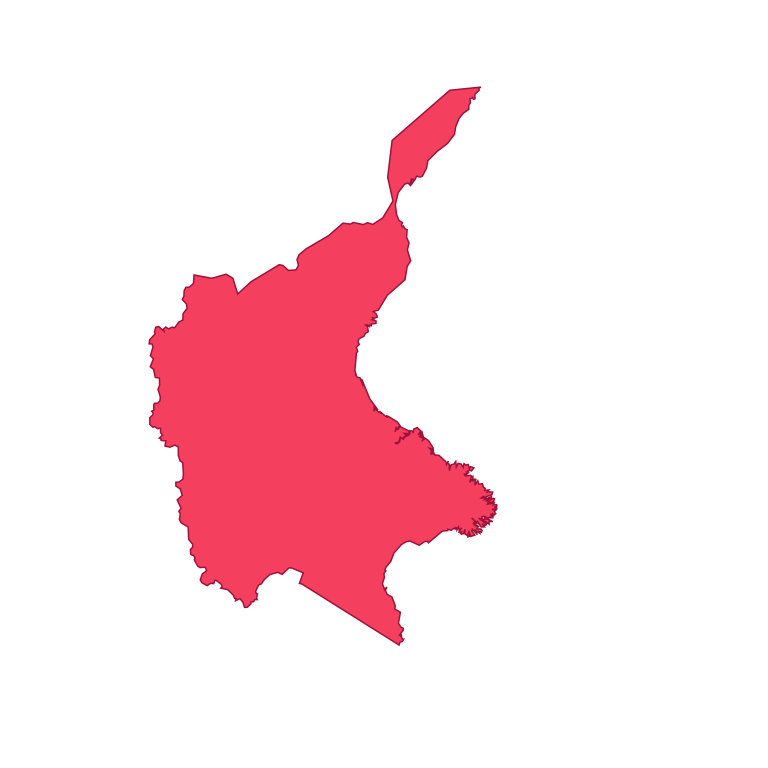 Ijivitari District, Northern, Papua New Guinea (Mercator projection), rotated 49°
{"feature_id": "67681753B98961984818312", "entity_name": "Ijivitari District", "entity_type": "district", "adm_level": 2, "iso_a3": "PNG", "parent_name": "Papua New Guinea", "parent_adm1": "Northern", "projection": "mercator", "projection_center": [148.78, -9.036], "detail": "fine", "context": "isolated", "style": "filled", "palette": "rose", "viewbox_px": 768, "rotation_deg": 49, "n_neighbors": 0, "source": "geoboundaries", "source_scale": "gbopen_adm2", "svg_char_len": 6172}
<svg xmlns="http://www.w3.org/2000/svg" viewBox="0 0 768 768"><g transform="rotate(49 384 384)"><path d="M456.4,587.8L460.9,585.7L460.4,576.4L462.3,574.4L473.5,568.8L479.0,578.7L481.0,577.2L590.9,543.9L589.4,541.4L590.3,538.9L589.5,536.6L588.9,537.5L585.7,536.6L582.8,537.2L585.0,535.7L583.1,534.9L582.7,531.5L581.0,529.7L578.8,530.8L574.0,530.0L567.0,521.4L560.8,523.5L559.0,521.1L549.9,517.7L544.7,519.7L540.0,518.0L538.7,516.6L539.5,518.5L533.7,516.2L530.2,510.6L526.9,508.3L526.3,505.2L525.0,505.3L523.6,503.1L522.4,495.5L518.1,487.4L516.6,476.2L517.4,471.2L519.4,467.5L528.8,463.2L529.6,456.7L531.2,454.4L533.0,454.7L533.3,436.5L536.4,432.1L535.5,431.2L538.4,429.3L538.7,426.3L540.0,425.6L539.1,424.6L540.7,424.5L539.8,423.1L542.0,424.7L540.8,421.6L543.5,423.1L543.4,419.9L544.9,424.5L546.6,422.7L546.7,424.2L548.2,424.1L549.2,421.8L546.6,418.1L550.1,421.3L552.7,420.6L552.4,419.1L554.4,421.0L555.0,419.1L550.4,416.4L555.9,418.6L557.6,414.6L552.3,414.1L552.2,412.8L550.6,412.5L558.9,412.4L554.6,411.1L559.5,409.6L557.7,408.9L559.8,407.7L558.8,406.0L557.1,405.9L554.2,409.0L553.6,406.9L551.4,407.8L552.5,406.4L548.0,408.2L547.6,407.3L550.0,405.5L542.6,405.7L549.2,404.9L549.0,403.6L555.7,404.5L557.8,401.8L553.8,401.7L557.4,399.9L557.0,398.5L547.3,400.7L551.3,398.3L558.8,396.6L556.5,394.9L559.2,392.3L554.5,393.9L550.4,398.4L548.4,397.2L549.2,395.7L551.3,395.6L550.4,394.6L552.5,394.1L556.8,389.2L553.2,391.1L554.9,389.3L553.1,388.8L556.0,387.7L552.2,387.4L555.0,386.3L555.2,384.8L552.8,384.6L552.6,382.5L549.5,384.9L552.2,380.6L550.7,380.0L549.3,381.7L550.4,379.3L549.1,378.2L546.9,380.9L546.1,379.0L542.5,384.8L542.2,383.2L544.8,378.4L542.9,375.8L541.7,377.0L541.0,382.5L540.2,381.4L539.2,383.4L538.6,382.2L540.6,378.1L539.5,376.8L537.2,383.8L536.7,382.2L533.8,385.5L533.8,382.9L535.5,382.4L538.3,375.3L536.9,372.9L533.2,376.5L533.5,378.2L532.8,374.3L530.4,377.9L529.2,376.1L527.1,376.6L523.8,375.2L521.9,378.2L518.6,376.7L519.7,381.9L516.2,377.3L515.3,378.1L516.0,378.9L514.7,379.1L515.3,380.7L513.7,381.4L514.7,383.9L513.0,381.9L513.9,379.1L512.1,377.6L511.8,379.4L511.3,378.3L509.6,378.7L507.1,382.5L506.2,382.7L506.3,381.5L504.6,383.1L506.2,379.1L504.8,379.3L505.8,377.8L504.8,377.9L504.8,376.1L507.0,375.0L506.3,371.1L503.1,373.0L503.8,375.1L500.0,373.3L498.7,375.6L496.6,375.8L498.8,379.0L495.2,378.2L492.5,380.1L494.1,383.9L489.6,380.7L490.3,383.7L489.0,386.5L492.3,391.5L487.3,387.4L485.7,388.0L484.3,385.9L485.7,389.6L483.4,388.3L473.9,389.3L471.0,392.3L468.4,391.5L469.0,392.5L467.7,394.5L466.5,393.3L467.4,392.0L462.2,391.8L464.5,390.3L467.9,391.4L464.5,388.9L456.1,387.5L450.7,388.9L452.1,390.0L451.8,391.8L450.9,389.9L447.5,391.5L448.2,390.1L445.9,390.3L446.3,388.9L450.1,389.2L444.9,386.7L444.5,391.6L443.8,387.0L438.6,387.5L437.6,391.2L440.1,394.2L438.4,393.4L436.1,395.1L438.5,397.0L437.7,398.6L438.7,398.7L437.6,403.3L438.3,405.6L435.3,407.0L438.0,410.3L437.8,413.1L435.7,414.7L437.5,410.9L434.8,406.6L437.7,405.6L437.1,403.3L437.6,399.6L436.4,400.9L434.5,401.2L438.0,397.4L435.8,396.0L427.0,399.7L426.5,401.5L427.5,402.7L426.3,405.3L427.4,407.1L424.9,403.5L426.9,403.0L425.9,401.0L426.3,399.3L421.6,398.8L411.8,401.8L409.2,403.2L412.2,402.5L410.0,403.9L401.5,405.2L403.8,405.4L401.8,406.6L396.6,406.6L398.0,409.5L394.5,406.1L399.7,405.6L385.9,404.5L366.5,397.9L365.7,398.1L370.2,399.8L370.8,400.6L363.7,398.1L361.0,399.8L357.3,399.3L359.2,399.2L354.7,397.1L342.5,384.4L342.2,382.5L338.1,380.7L337.9,376.6L335.0,376.0L333.5,373.1L334.8,367.7L333.6,364.9L334.2,361.6L329.9,358.7L327.5,359.2L328.6,357.7L331.2,357.2L330.3,356.1L331.7,355.3L330.4,354.3L333.0,350.3L331.3,348.7L327.8,350.8L328.3,349.3L325.7,349.0L327.9,348.5L329.1,345.1L326.4,343.9L322.3,344.5L324.5,339.7L319.2,323.3L319.1,299.8L310.5,289.4L308.6,283.1L298.1,278.4L294.1,272.7L288.0,270.6L282.7,265.3L280.8,266.3L277.5,265.7L277.4,266.9L275.6,266.6L274.3,264.2L270.5,265.4L264.5,263.4L256.0,257.7L248.8,247.6L246.7,237.3L248.1,234.2L250.4,233.7L247.3,228.7L250.1,226.7L248.6,223.1L251.7,220.7L252.3,218.6L249.0,210.3L244.2,204.3L243.3,191.2L244.1,178.2L241.8,167.0L236.8,161.0L232.8,153.1L231.7,146.6L232.3,139.7L229.4,137.3L228.4,134.2L225.3,132.1L225.8,129.3L227.7,129.8L228.5,128.2L225.0,125.4L224.7,119.3L223.0,118.6L223.5,116.1L205.5,141.6L205.5,218.1L230.4,245.6L251.8,257.2L257.8,276.0L256.2,287.8L251.5,290.6L250.1,295.0L241.9,301.3L241.3,304.5L235.7,309.4L235.7,328.4L230.9,354.0L230.8,363.6L233.0,368.0L238.4,370.8L240.1,375.6L235.6,381.6L228.1,382.6L225.2,384.8L219.6,417.2L220.1,435.3L205.0,428.7L197.6,431.1L191.2,444.7L177.1,455.8L183.1,461.9L183.2,467.4L181.1,470.0L182.3,473.4L186.6,477.6L187.9,480.8L194.0,480.6L197.7,482.9L199.1,489.5L203.8,494.0L202.6,497.9L204.2,505.1L202.1,506.6L201.0,510.5L197.8,511.4L197.9,514.6L199.8,515.4L192.7,516.4L191.4,519.0L194.3,523.2L196.0,523.7L196.9,531.9L199.6,534.9L201.7,532.8L204.5,534.1L209.4,541.7L213.7,541.5L217.7,549.1L221.8,548.3L229.0,552.3L232.2,549.6L237.7,554.2L239.7,558.0L247.1,561.3L249.8,564.3L249.9,567.7L247.9,570.0L248.6,571.3L252.7,575.0L252.1,577.2L254.3,577.2L255.6,578.5L255.7,582.7L260.8,587.2L265.0,586.8L265.8,585.0L269.0,584.3L270.9,581.7L274.0,584.5L277.3,584.7L277.4,589.1L278.6,588.2L280.4,589.2L283.8,586.0L287.2,590.0L291.3,586.9L292.9,582.0L296.5,580.5L303.0,586.1L308.3,588.4L311.2,587.4L320.6,594.7L323.9,598.3L323.5,602.9L321.6,605.6L324.5,608.0L329.6,606.6L335.7,609.4L335.8,616.1L344.7,618.7L345.5,622.4L348.4,623.0L351.9,627.2L355.5,628.2L363.4,625.6L373.2,633.4L379.3,633.5L381.6,635.5L381.9,638.7L385.8,641.7L388.9,640.2L391.1,640.6L392.4,642.6L399.4,644.0L401.8,643.3L405.1,639.1L408.6,640.4L408.1,645.6L411.2,651.1L414.3,651.9L420.2,649.7L420.6,645.7L423.0,643.4L421.1,640.4L422.1,639.5L428.5,638.2L430.8,639.2L431.0,641.1L436.6,636.9L444.3,636.2L447.7,637.4L449.0,636.3L450.2,638.2L451.5,633.5L456.2,633.7L461.1,635.8L462.8,633.6L462.6,628.7L461.2,627.4L462.8,625.2L461.9,623.0L463.6,621.1L461.9,620.6L459.5,617.2L457.3,617.7L456.1,616.5L453.4,610.4L454.4,607.7L453.0,602.4L453.0,595.0L456.4,587.8ZM251.8,234.5L250.3,227.8L249.3,227.5L248.1,229.2L251.8,234.5ZM540.3,517.6L539.6,515.9L539.3,515.7L539.2,516.6L540.3,517.6Z" fill="#f43f5e" stroke="#9f1239" stroke-width="1.5"/></g></svg>